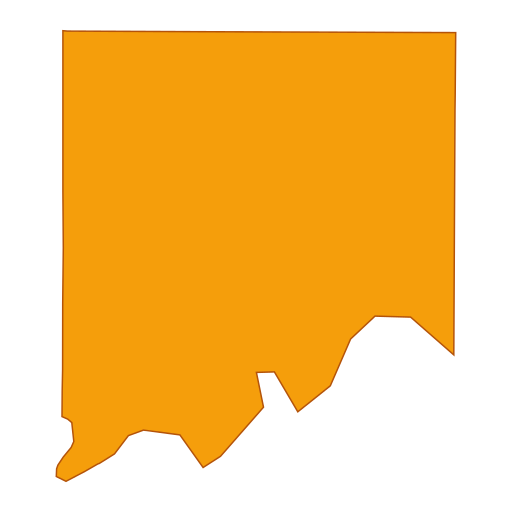 the district of Clay, Missouri, United States of America
{"feature_id": "52423323B79927186456067", "entity_name": "Clay", "entity_type": "district", "adm_level": 2, "iso_a3": "USA", "parent_name": "United States of America", "parent_adm1": "Missouri", "projection": "mercator", "projection_center": [-94.495, 39.283], "detail": "fine", "context": "isolated", "style": "filled", "palette": "amber", "viewbox_px": 512, "rotation_deg": 0, "n_neighbors": 0, "source": "geoboundaries", "source_scale": "gbopen_adm2", "svg_char_len": 607}
<svg xmlns="http://www.w3.org/2000/svg" viewBox="0 0 512 512"><path d="M62.9,30.7L62.9,141.7L62.9,190.8L63.3,247.9L63.0,276.3L62.7,303.7L62.6,369.5L62.2,390.4L62.0,416.6L67.7,419.1L71.8,422.6L73.8,441.5L71.2,447.4L63.3,457.0L57.9,465.1L56.6,468.8L56.3,476.5L66.0,481.3L85.0,471.3L97.9,463.9L99.2,463.5L114.5,453.9L128.4,435.6L143.4,430.1L179.9,434.9L203.1,467.5L220.5,456.3L263.5,407.2L256.4,372.4L274.4,371.9L297.8,411.8L330.3,385.8L350.6,339.0L375.0,316.1L410.6,317.1L453.8,354.9L455.0,109.6L455.2,94.5L455.7,32.6L201.3,31.7L67.7,31.1L62.9,30.7Z" fill="#f59e0b" stroke="#b45309" stroke-width="1.5"/></svg>